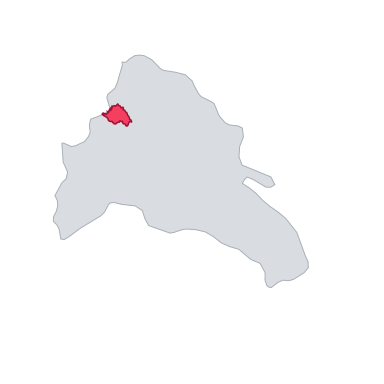 location of Pedro Santana, La Estrelleta, Dominican Republic, rotated 27°
{"feature_id": "3306468B44690790041357", "entity_name": "Pedro Santana", "entity_type": "district", "adm_level": 2, "iso_a3": "DOM", "parent_name": "Dominican Republic", "parent_adm1": "La Estrelleta", "projection": "natural_earth1", "projection_center": [-71.535, 19.169], "detail": "fine", "context": "in_parent", "style": "filled", "palette": "rose", "viewbox_px": 384, "rotation_deg": 27, "n_neighbors": 0, "source": "geoboundaries", "source_scale": "gbopen_adm2", "svg_char_len": 5259}
<svg xmlns="http://www.w3.org/2000/svg" viewBox="0 0 384 384"><g transform="rotate(27 192 192)"><path d="M71.5,257.5L71.9,242.8L73.9,236.9L72.0,230.6L63.7,223.9L58.6,215.4L54.0,207.8L55.1,206.7L64.1,206.3L67.3,203.5L73.4,195.8L74.6,189.5L74.1,184.8L70.2,179.1L68.6,173.1L73.5,167.9L79.9,160.3L80.8,157.4L80.7,154.5L73.2,146.5L72.7,143.1L76.2,134.4L75.8,128.7L72.4,110.7L70.7,108.0L74.1,106.5L76.2,101.2L79.2,96.4L83.0,93.9L87.4,92.3L96.1,92.4L108.2,96.5L111.6,96.5L123.2,92.7L132.8,90.6L141.8,93.0L145.5,96.2L153.0,101.3L156.7,102.9L168.5,102.8L171.7,103.3L181.6,111.8L190.0,115.2L194.8,115.3L203.5,112.1L207.8,112.2L212.8,119.5L213.8,129.8L217.9,139.3L224.3,145.3L255.5,142.8L262.4,147.8L260.1,151.9L255.7,154.1L240.8,153.1L234.3,153.6L233.0,157.7L233.0,161.5L241.7,162.4L250.2,164.3L258.9,167.4L267.7,169.4L277.7,170.8L287.5,173.0L303.8,180.5L321.9,197.4L326.8,201.2L330.0,206.6L328.5,213.1L322.1,223.8L318.4,227.2L313.1,229.3L309.5,233.7L306.0,241.2L303.9,241.8L301.3,241.5L297.0,237.3L293.9,230.8L285.1,224.7L274.8,225.4L259.5,221.8L250.3,223.6L241.1,224.0L231.6,222.1L222.1,221.5L212.6,223.8L203.5,227.7L200.1,230.2L194.2,236.3L191.1,238.6L168.7,241.6L162.2,237.2L156.2,231.1L147.6,230.2L135.2,234.9L127.4,236.7L124.2,238.7L123.3,241.0L123.2,249.6L121.5,254.7L109.3,274.4L102.4,288.2L99.6,292.5L96.4,293.4L90.4,285.4L86.5,282.6L81.8,281.1L79.8,276.9L79.9,270.9L78.6,265.1L75.7,260.5L71.5,257.5Z" fill="#d9dde1" stroke="#a8b0b8" stroke-width="1"/><path d="M81.8,151.8L81.9,152.1L82.0,152.3L82.2,152.5L82.3,152.6L82.2,152.9L82.1,153.0L82.4,153.0L82.4,152.9L82.5,152.9L82.5,153.1L82.8,153.1L82.7,153.1L82.7,153.4L82.6,153.5L82.5,153.4L82.4,153.3L82.4,153.1L82.1,153.2L82.0,153.3L81.8,153.3L81.8,153.5L81.6,153.6L81.6,153.8L81.6,154.1L81.7,154.3L81.7,154.5L81.9,154.6L82.0,154.8L82.2,154.6L82.3,154.7L82.3,154.9L82.5,155.0L82.4,155.1L82.4,155.3L82.2,155.4L82.1,155.2L82.1,155.3L81.9,155.3L81.9,155.2L81.8,155.3L81.8,155.5L81.7,155.5L81.4,155.6L81.1,155.5L81.0,155.8L80.9,155.8L81.2,155.9L81.3,156.0L81.6,156.0L81.8,156.3L81.9,156.5L82.0,156.5L81.9,156.6L81.7,156.7L81.4,156.6L81.7,156.9L81.6,157.0L81.5,156.9L81.5,157.0L81.4,157.2L81.2,157.0L81.2,157.5L81.3,157.5L81.2,157.6L81.2,157.8L81.1,158.1L81.3,158.2L81.5,158.5L81.4,158.6L81.2,158.5L80.9,158.7L80.7,158.8L80.4,158.8L80.2,158.8L80.4,159.0L80.5,159.2L80.7,159.3L80.8,159.3L80.9,159.5L81.1,159.5L81.0,159.8L80.9,159.9L80.9,160.0L80.8,160.3L80.7,160.6L80.7,160.8L80.4,161.0L80.4,161.3L80.4,161.2L80.2,161.4L80.2,161.6L79.9,161.6L79.5,161.9L79.3,161.8L79.2,161.8L79.1,161.6L78.9,161.5L78.7,161.9L78.3,161.9L78.4,162.0L78.3,162.3L78.2,162.5L78.0,162.4L77.8,162.8L77.6,162.8L77.5,162.6L77.4,162.6L76.9,162.3L76.6,162.4L76.5,162.6L76.7,162.9L76.8,162.9L77.0,163.0L77.3,163.5L77.2,163.7L77.3,163.7L77.7,163.8L78.6,163.9L79.1,164.1L79.3,164.1L81.9,164.1L82.1,164.1L82.3,164.2L83.0,164.6L83.4,164.7L83.9,165.0L84.2,165.2L84.8,165.9L85.0,166.1L85.6,166.2L85.9,166.4L86.1,166.4L86.3,166.4L86.5,166.4L86.8,166.2L87.0,166.2L87.5,166.2L87.8,166.0L88.2,165.6L88.4,165.5L88.5,165.5L88.7,165.4L88.9,165.5L89.1,165.5L89.3,165.8L89.7,166.1L89.8,166.2L90.0,166.2L90.4,166.0L90.5,166.0L90.8,166.0L91.0,166.1L91.4,166.5L91.5,166.6L91.8,166.5L92.2,166.4L92.4,166.4L92.8,166.0L93.1,165.9L93.3,165.7L93.5,165.5L93.7,165.0L93.8,164.7L93.8,164.3L93.8,164.1L93.9,163.9L94.0,163.8L94.3,163.6L94.6,163.3L95.3,162.9L95.5,162.8L95.5,162.7L95.7,162.4L95.7,162.2L95.4,161.5L95.4,161.4L95.5,161.3L95.6,161.2L95.8,161.2L97.4,161.2L97.6,161.0L97.7,160.9L97.8,160.8L97.9,160.7L98.0,160.7L98.2,160.8L98.3,160.9L98.4,161.0L98.5,161.1L98.7,161.7L98.8,161.9L99.0,162.0L99.3,162.2L99.6,162.3L99.8,162.3L100.1,162.3L100.3,162.2L100.5,162.2L100.8,162.1L101.2,162.0L101.4,161.9L101.6,161.8L101.9,161.8L102.0,161.8L102.2,162.0L102.4,162.4L102.5,162.6L102.8,162.8L103.0,163.0L103.4,162.9L103.5,162.8L104.0,162.8L104.2,162.7L104.3,162.6L104.3,162.3L104.5,162.0L104.5,161.6L104.6,161.4L104.6,161.2L104.5,160.6L104.3,160.3L104.3,160.0L104.3,158.2L104.3,157.8L104.4,157.7L104.5,157.6L104.9,157.4L105.3,157.3L105.6,157.3L106.1,157.3L106.3,157.0L106.1,156.8L106.0,156.4L105.8,156.2L105.6,156.1L105.4,155.9L105.1,155.7L104.9,155.6L104.7,155.6L104.4,155.7L104.2,155.4L103.8,155.4L103.7,155.5L103.4,155.5L103.2,155.4L103.0,155.0L102.4,154.3L102.1,154.1L101.9,153.9L101.7,153.8L101.6,153.7L101.4,153.3L101.2,153.2L100.7,153.2L100.0,152.9L99.5,152.6L99.4,152.5L99.3,152.3L99.2,152.2L99.0,151.9L98.8,151.6L98.7,151.5L98.2,151.4L97.8,150.9L97.7,150.8L97.3,150.9L97.1,150.9L96.9,150.9L96.7,150.9L96.2,150.6L95.8,150.3L95.5,150.1L95.2,149.8L95.1,149.7L94.9,149.7L94.7,149.7L94.4,149.9L94.1,149.9L93.4,149.9L93.2,149.9L93.1,149.7L93.1,149.0L93.0,148.9L92.7,148.5L92.6,148.2L92.3,148.0L92.2,148.0L92.1,147.9L91.5,148.2L91.2,148.4L91.1,148.5L91.1,148.9L91.0,149.1L90.9,149.1L90.6,149.1L90.4,149.1L90.0,148.8L89.5,148.4L88.6,147.9L88.4,147.9L88.2,147.9L88.1,148.0L87.8,148.2L87.7,148.3L87.4,148.3L87.2,148.2L86.8,147.9L86.5,147.8L86.4,147.7L86.3,147.4L86.2,147.3L85.9,147.3L85.7,147.5L85.7,148.0L85.3,148.9L85.3,149.1L85.3,149.6L85.2,149.8L85.1,150.1L84.9,150.2L84.8,150.3L84.7,150.3L84.4,150.3L84.2,150.2L83.9,150.2L83.7,150.4L83.4,150.8L83.0,150.9L82.9,150.9L82.8,151.0L82.5,151.5L82.1,151.8L81.8,151.8Z" fill="#f43f5e" stroke="#9f1239" stroke-width="1.5"/></g></svg>